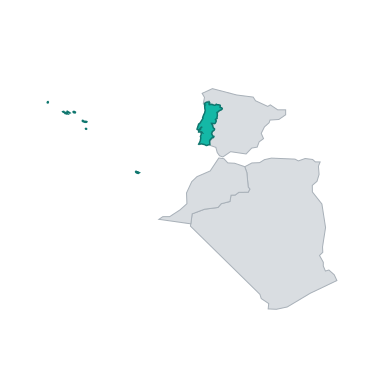 Portugal highlighted among its neighbors, rotated 8°
{"feature_id": "PRT", "entity_name": "Portugal", "entity_type": "country or territory", "adm_level": 0, "iso_a3": "PRT", "parent_name": "Europe", "parent_adm1": "", "projection": "robinson", "projection_center": [-13.235, 37.393], "detail": "fine", "context": "with_neighbors", "style": "filled", "palette": "teal", "viewbox_px": 384, "rotation_deg": 8, "n_neighbors": 3, "source": "natural_earth", "source_scale": "50m", "svg_char_len": 4846}
<svg xmlns="http://www.w3.org/2000/svg" viewBox="0 0 384 384"><g transform="rotate(8 192 192)"><path d="M195.2,226.0L195.2,213.6L206.8,207.3L219.9,203.7L222.6,199.5L230.9,196.1L231.1,189.7L235.2,189.0L238.4,185.8L247.7,184.4L248.9,181.1L247.0,179.3L243.6,165.1L240.7,159.6L247.3,154.9L254.9,153.5L259.2,149.9L265.9,147.4L289.4,145.1L293.0,146.4L299.4,143.1L306.9,143.0L309.9,145.0L314.7,144.4L313.6,148.8L315.4,156.9L314.3,164.0L310.2,168.7L311.2,175.2L322.3,185.8L329.2,208.6L328.9,228.2L329.9,233.5L327.1,237.1L331.8,243.3L332.3,247.0L335.1,251.7L338.4,250.2L344.4,254.2L347.8,259.5L323.2,275.8L302.3,292.6L291.9,296.4L283.7,297.2L283.5,291.8L275.4,287.9L273.5,283.9L195.2,226.0Z" fill="#d9dde1" stroke="#a8b0b8" stroke-width="1"/><path d="M202.8,143.2L202.1,140.3L205.6,134.8L203.1,132.3L204.9,126.7L202.0,121.6L205.0,120.9L205.2,116.9L206.2,115.7L206.1,109.1L209.3,106.8L207.2,102.5L198.0,103.3L196.2,99.2L190.9,102.6L191.2,96.6L188.3,92.9L197.8,86.8L222.7,89.7L239.4,89.5L242.2,92.8L255.1,96.7L257.4,94.8L265.4,98.7L273.3,97.6L274.0,102.5L267.9,108.1L259.2,109.9L258.7,112.7L254.7,117.4L252.4,124.3L255.4,129.2L251.5,133.0L250.3,138.5L245.0,140.2L240.3,146.8L224.6,146.7L217.7,153.0L214.2,152.3L211.5,149.4L209.4,144.5L202.8,143.2Z" fill="#d9dde1" stroke="#a8b0b8" stroke-width="1"/><path d="M166.5,220.5L173.3,219.5L182.6,211.4L188.6,204.3L186.7,193.7L190.3,181.8L194.8,176.1L207.1,168.6L213.8,154.6L219.0,154.6L223.4,158.2L230.2,157.6L240.7,159.6L243.6,165.1L247.0,179.3L248.9,181.1L247.7,184.4L238.4,185.8L235.2,189.0L231.1,189.7L230.9,196.1L222.6,199.5L219.9,203.7L206.8,207.3L195.2,213.6L195.3,223.7L163.0,223.7L166.5,220.5Z" fill="#d9dde1" stroke="#a8b0b8" stroke-width="1"/><path d="M192.7,102.1L193.3,101.5L194.0,101.1L194.3,101.0L195.8,100.6L196.2,100.4L196.5,100.4L196.6,100.6L196.8,101.0L197.1,101.2L197.1,101.4L196.6,102.2L196.5,102.4L196.8,102.9L196.9,103.1L197.0,103.1L197.4,103.1L198.1,102.8L198.6,102.5L198.8,102.7L200.2,102.5L200.5,102.6L200.7,102.8L201.4,102.9L202.2,103.0L203.1,102.7L203.5,102.4L203.6,102.2L203.6,101.9L203.9,101.7L204.2,101.9L204.7,102.0L205.8,102.0L206.1,101.9L206.4,101.9L207.0,102.1L207.5,102.0L207.8,102.3L208.0,102.6L208.0,103.3L208.0,104.1L208.1,104.3L208.5,104.4L209.2,104.4L209.8,104.6L210.2,104.9L210.4,105.3L210.4,105.5L210.2,105.6L209.9,106.2L209.2,106.8L208.1,107.4L207.2,108.2L206.7,109.1L205.9,109.5L205.7,109.7L205.6,109.9L206.2,111.0L206.3,111.9L206.5,112.9L206.4,113.2L206.4,114.4L206.3,114.7L206.3,115.0L206.5,115.3L206.6,115.6L206.3,115.9L205.7,116.3L205.2,116.7L205.1,117.0L206.0,118.0L206.1,118.3L206.0,119.0L205.6,120.2L205.2,120.9L205.1,121.0L204.6,121.2L202.3,121.2L201.7,121.3L201.8,121.5L202.4,122.4L203.0,122.9L203.2,123.0L203.4,124.1L204.4,125.8L205.3,126.1L205.6,126.5L205.5,127.1L205.3,127.8L204.7,128.4L204.1,128.9L203.7,129.4L203.6,129.9L203.5,130.7L203.3,131.2L203.3,131.6L205.0,133.9L205.9,133.8L206.0,133.9L205.9,134.4L205.6,135.1L205.3,135.2L204.5,135.4L203.7,136.3L203.2,137.3L202.7,137.8L202.3,139.0L202.4,139.5L202.6,140.3L203.1,142.5L202.5,142.6L200.1,143.9L199.4,143.9L198.0,143.3L195.5,143.1L194.7,143.0L193.7,143.4L192.9,143.3L192.3,143.9L191.9,143.7L192.4,142.6L193.1,140.3L193.1,138.9L193.2,137.8L193.0,136.6L192.6,135.8L193.1,133.9L193.0,132.9L192.5,131.7L194.0,131.9L193.5,131.4L193.1,131.1L192.6,131.1L192.3,131.1L191.0,131.6L190.4,131.7L190.2,131.7L190.2,130.9L189.9,129.9L190.4,129.6L191.0,129.5L191.5,129.1L191.8,128.6L191.6,127.8L192.0,127.0L193.1,126.3L192.5,126.4L191.9,126.8L191.0,128.4L190.7,129.2L189.9,129.4L189.2,129.5L188.8,129.5L188.3,129.3L188.3,128.7L188.3,128.2L188.6,127.3L188.7,126.0L189.1,124.9L189.1,124.5L189.0,124.1L189.3,123.6L189.8,123.3L190.5,122.3L191.5,120.0L192.6,117.5L192.5,117.2L192.2,116.9L192.3,116.3L193.0,113.3L193.2,113.0L193.5,112.1L193.6,110.7L193.7,109.8L193.7,109.3L193.5,108.7L193.1,107.6L192.6,105.3L192.5,104.5L192.9,104.1L192.3,104.0L192.0,103.5L192.0,103.0L192.7,102.1ZM74.8,136.8L75.3,136.9L77.5,136.8L78.1,136.9L78.0,137.5L77.6,137.7L76.3,137.9L74.2,137.5L73.5,137.0L73.5,136.6L73.5,136.4L73.9,136.2L74.8,136.8ZM133.7,179.2L134.6,179.7L135.5,179.5L136.6,180.0L137.2,180.2L136.7,180.6L136.2,181.1L134.9,181.0L133.8,180.5L133.4,180.1L133.3,179.8L133.7,179.2ZM57.6,131.6L58.1,132.0L57.3,132.0L57.0,132.2L56.3,132.0L55.4,132.0L54.9,131.5L54.8,131.1L55.1,130.8L55.8,130.8L57.6,131.6ZM65.2,130.0L63.6,129.9L63.2,129.5L63.1,129.0L63.3,128.8L64.0,128.6L64.9,128.8L65.5,129.2L65.4,129.7L65.2,130.0ZM60.2,130.7L59.9,130.9L58.0,130.2L57.4,129.9L56.6,129.1L59.0,130.1L60.2,130.7ZM37.2,123.5L36.9,123.9L36.3,123.8L36.2,123.6L36.4,122.7L36.8,122.5L37.2,122.9L37.2,123.5ZM54.2,131.0L53.4,131.0L52.8,130.4L53.8,130.0L54.1,130.3L54.3,130.5L54.4,130.8L54.2,131.0ZM78.9,144.3L78.8,144.5L78.4,144.4L77.9,144.5L77.7,144.0L77.9,143.8L78.5,143.8L78.8,144.0L78.9,144.3Z" fill="#14b8a6" stroke="#0f766e" stroke-width="1.5"/></g></svg>